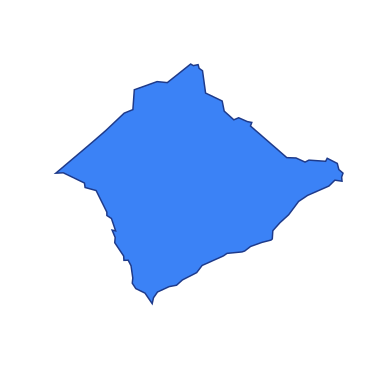 outline of Williamsburg, South Carolina, United States of America, rotated 25°
{"feature_id": "52423323B81362152802157", "entity_name": "Williamsburg", "entity_type": "district", "adm_level": 2, "iso_a3": "USA", "parent_name": "United States of America", "parent_adm1": "South Carolina", "projection": "albers", "projection_center": [-79.682, 33.598], "detail": "fine", "context": "isolated", "style": "filled", "palette": "blue", "viewbox_px": 384, "rotation_deg": 25, "n_neighbors": 0, "source": "geoboundaries", "source_scale": "gbopen_adm2", "svg_char_len": 1054}
<svg xmlns="http://www.w3.org/2000/svg" viewBox="0 0 384 384"><g transform="rotate(25 192 192)"><path d="M136.7,76.6L123.4,103.3L113.7,106.7L96.5,123.7L103.6,142.3L97.2,149.2L87.9,172.7L79.8,190.8L60.6,232.5L67.2,229.0L90.7,229.3L93.2,233.1L104.5,231.2L123.3,246.2L124.8,249.3L130.2,250.1L139.2,259.5L135.7,260.3L141.6,265.7L143.4,270.6L157.1,278.9L159.2,282.7L163.0,280.8L167.9,284.6L174.7,295.0L176.4,299.9L181.9,303.3L192.1,303.5L203.1,310.0L201.8,304.1L203.0,297.2L211.3,287.4L217.4,283.0L220.5,275.7L230.3,263.1L232.2,254.3L247.5,236.6L249.7,232.8L262.6,225.2L264.7,223.2L268.1,216.6L276.7,208.1L283.9,202.2L284.6,200.6L281.6,192.9L284.7,182.6L289.2,171.8L292.6,155.5L298.2,146.2L313.6,128.7L316.5,120.9L323.4,118.8L321.3,115.2L320.9,111.1L315.6,109.6L311.6,104.7L300.3,104.3L300.1,107.7L284.5,113.7L281.8,117.1L271.9,117.2L263.4,120.8L217.1,107.5L216.8,103.7L212.4,104.8L202.9,105.0L199.4,108.9L187.0,105.1L180.9,96.8L162.5,96.6L150.3,77.7L146.2,76.9L143.7,74.0L139.8,76.9L136.7,76.6Z" fill="#3b82f6" stroke="#1e3a8a" stroke-width="1.5"/></g></svg>